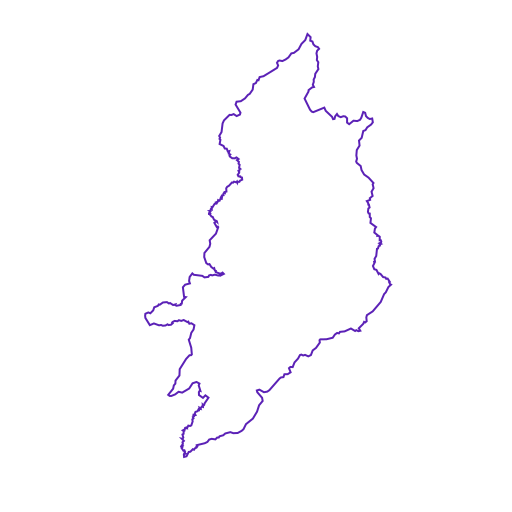 outline of Ban Dan Lan Hoi, Sukhothai, Thailand, rotated 46°
{"feature_id": "78962969B72722062907305", "entity_name": "Ban Dan Lan Hoi", "entity_type": "district", "adm_level": 2, "iso_a3": "THA", "parent_name": "Thailand", "parent_adm1": "Sukhothai", "projection": "mercator", "projection_center": [99.505, 17.028], "detail": "fine", "context": "isolated", "style": "outline", "palette": "violet", "viewbox_px": 512, "rotation_deg": 46, "n_neighbors": 0, "source": "geoboundaries", "source_scale": "gbopen_adm2", "svg_char_len": 6111}
<svg xmlns="http://www.w3.org/2000/svg" viewBox="0 0 512 512"><g transform="rotate(46 256 256)"><path d="M237.8,76.9L236.5,79.0L234.2,79.7L231.8,79.7L228.8,78.0L226.9,78.8L229.7,84.2L230.3,86.6L229.3,89.4L226.4,91.9L225.9,97.4L223.3,97.8L220.2,94.8L217.6,94.9L216.1,96.1L215.0,98.6L212.5,99.6L210.1,99.1L210.5,102.0L211.9,104.3L211.1,105.5L208.7,104.6L200.0,105.0L196.7,103.8L192.3,114.9L190.9,115.6L188.3,115.5L176.5,111.7L174.2,104.1L173.2,102.9L173.7,98.5L174.7,96.9L172.3,96.2L170.9,93.5L169.1,91.9L168.2,89.3L166.1,86.8L164.9,81.3L162.5,79.8L159.9,76.6L157.3,76.1L155.3,73.7L152.2,71.7L150.8,69.4L150.8,66.7L148.7,66.4L146.3,67.6L143.7,67.7L140.9,66.4L138.8,67.4L136.5,64.7L132.1,64.8L134.9,70.6L135.0,75.9L136.9,81.8L136.2,87.7L134.8,89.8L135.7,94.7L135.2,98.2L134.1,101.6L131.7,103.3L131.1,104.6L131.6,106.7L134.3,107.7L135.3,110.2L131.9,125.7L129.8,129.1L131.3,132.1L130.3,132.7L131.5,136.0L130.6,138.5L134.0,142.8L135.0,147.9L134.5,149.9L135.0,154.4L134.1,159.4L131.5,162.8L132.9,165.5L142.1,167.6L143.1,169.3L141.9,172.7L138.4,173.5L137.5,175.7L136.1,177.0L136.2,184.8L137.4,187.9L142.9,194.7L144.1,199.1L145.9,199.6L146.4,200.9L147.7,200.9L150.2,204.4L154.3,202.9L157.0,203.8L158.5,202.5L161.3,203.7L162.0,202.3L163.4,204.5L165.1,204.0L165.3,205.3L166.2,205.7L169.2,205.2L170.9,203.5L171.5,201.6L174.1,201.2L173.8,203.1L176.4,202.9L177.4,204.4L179.0,204.4L180.8,206.9L182.4,206.8L182.1,207.6L183.1,208.7L182.6,209.4L184.4,210.2L184.9,212.8L186.5,213.3L187.8,212.0L188.5,212.4L189.8,211.6L191.5,212.9L190.7,215.1L191.1,216.4L189.9,217.6L190.3,218.4L189.2,217.9L189.3,219.0L187.2,220.2L187.3,221.6L186.4,222.2L186.7,226.6L186.2,228.6L186.6,230.4L189.1,232.5L188.2,234.1L188.9,234.6L188.3,234.8L188.5,236.1L189.7,237.1L188.8,238.3L189.3,240.0L190.0,239.5L191.1,241.0L190.1,241.7L190.9,243.8L189.5,244.4L190.4,245.6L189.7,247.3L190.7,247.3L190.9,248.0L189.7,249.4L190.7,253.5L190.0,253.9L191.9,255.6L191.0,256.1L191.8,257.3L191.2,258.2L192.4,258.0L192.5,259.5L193.4,259.5L192.5,261.1L193.7,260.3L196.8,260.6L197.8,260.0L200.8,261.0L203.8,260.0L204.5,260.4L203.3,260.5L203.2,262.9L207.9,264.1L208.3,263.0L209.0,263.1L212.1,269.3L212.5,278.4L215.4,280.4L217.1,283.1L218.0,291.0L220.8,294.0L226.6,296.7L228.8,296.3L229.5,295.1L232.8,295.8L235.5,295.4L235.7,294.5L237.9,295.7L238.8,295.2L239.7,296.1L243.4,294.3L244.4,293.3L244.7,291.6L246.5,291.6L245.3,295.4L244.6,295.2L243.9,296.7L240.9,298.5L239.5,301.0L238.2,301.6L237.4,303.2L237.9,304.8L235.6,307.9L233.0,308.4L226.3,313.8L224.3,313.9L225.0,318.3L227.5,321.5L229.8,322.6L227.4,326.9L227.7,330.3L235.4,336.1L236.8,335.1L236.8,340.1L238.7,342.5L238.2,343.4L238.9,344.2L236.6,347.7L235.1,348.3L234.8,347.6L233.7,349.7L230.1,350.5L229.7,351.6L227.3,352.1L224.8,355.2L224.2,359.1L223.3,359.6L223.7,361.3L222.2,364.8L223.7,367.7L223.8,371.8L221.8,372.7L220.7,375.7L221.9,377.2L223.7,378.6L232.0,380.4L233.6,376.3L238.5,373.9L239.7,372.2L241.4,371.5L243.1,369.4L243.7,367.1L244.9,366.9L246.4,364.9L246.5,362.7L245.7,362.7L245.5,361.9L246.2,359.6L248.4,357.8L248.6,356.1L250.8,354.8L251.8,352.5L256.0,351.2L256.2,350.3L258.4,351.0L259.5,349.2L263.0,348.4L265.5,352.0L266.3,355.9L269.2,360.5L269.5,362.5L277.0,366.3L282.2,370.5L282.3,371.5L281.2,372.8L281.5,377.8L284.4,389.5L288.8,394.1L289.7,400.4L291.8,402.7L292.0,405.0L293.9,407.8L294.9,415.6L296.7,415.3L297.8,414.2L299.4,410.3L299.9,406.0L303.0,404.0L304.9,396.1L303.5,390.0L305.3,386.3L308.5,385.3L309.3,387.1L314.4,389.7L313.8,390.0L314.2,391.6L316.4,393.6L321.2,392.7L321.1,389.2L324.9,388.6L326.3,395.4L327.1,396.7L327.1,397.6L326.0,397.6L327.7,399.0L326.7,399.5L327.1,401.5L326.3,401.8L327.5,402.2L326.3,403.1L327.2,404.0L326.5,404.3L327.1,405.8L326.1,407.8L326.9,409.7L327.9,409.9L327.4,410.5L328.1,410.5L327.3,411.8L328.2,412.1L328.0,413.3L329.4,413.8L329.3,415.3L331.0,416.5L332.9,420.2L332.5,421.5L331.0,422.5L331.6,424.3L331.1,424.9L332.0,425.4L330.5,426.5L331.7,428.5L330.9,428.7L330.6,429.8L331.6,429.6L333.6,431.6L333.3,432.9L336.1,434.4L336.5,435.8L335.8,436.3L338.9,436.3L338.9,438.3L340.4,439.1L340.8,441.3L341.4,440.9L341.4,442.0L342.3,441.7L342.4,442.9L345.7,443.5L346.1,442.5L347.7,443.1L348.1,444.5L349.1,444.1L348.8,445.9L350.6,447.3L351.8,445.1L350.2,440.5L351.2,439.2L351.1,435.6L352.3,435.2L351.9,433.4L352.5,432.0L352.3,430.8L351.6,430.9L351.7,430.1L351.0,429.9L355.1,422.9L356.0,420.1L355.5,417.2L356.7,414.9L359.7,412.6L359.6,410.1L360.7,408.9L360.4,407.4L362.2,404.1L362.3,401.4L364.9,396.8L367.7,395.4L370.6,392.1L371.8,387.8L371.9,385.3L370.0,380.0L370.8,371.2L368.7,363.4L365.5,357.4L364.9,351.9L362.2,350.1L354.9,349.7L353.3,348.8L354.5,346.4L359.5,344.9L361.4,342.1L361.8,339.6L360.5,324.1L360.7,322.4L362.2,320.4L360.8,317.7L363.0,315.3L363.7,311.9L359.6,310.2L359.7,308.3L361.4,306.8L359.3,302.2L359.0,297.0L357.8,293.2L358.4,291.9L360.3,291.2L361.2,289.4L364.5,288.1L365.4,285.3L363.3,280.8L363.8,276.7L362.6,270.2L360.7,268.8L360.6,267.7L364.8,263.2L368.1,257.6L367.3,253.8L367.7,251.1L369.3,250.1L368.9,248.3L371.8,244.6L374.1,238.1L378.8,236.8L379.0,235.4L381.2,234.6L382.2,232.9L379.4,232.3L379.3,226.0L378.5,224.0L379.6,223.7L379.8,221.7L376.8,219.3L375.6,217.3L376.9,210.5L375.7,198.2L372.4,190.3L372.3,187.9L370.3,182.3L370.4,178.8L369.4,179.1L367.3,178.4L367.5,177.7L363.7,177.0L362.9,178.2L361.4,177.8L359.5,179.2L355.4,178.9L354.0,179.4L354.1,180.3L349.6,179.0L347.7,180.1L344.4,178.8L343.4,175.8L342.3,175.1L342.8,174.4L340.4,172.7L339.5,169.5L334.9,164.0L335.3,163.0L334.1,160.9L334.6,159.6L333.6,159.0L334.1,157.8L332.6,158.3L333.1,156.6L332.6,155.8L331.2,155.3L330.6,156.1L328.1,153.6L326.4,153.9L325.8,154.8L325.1,154.1L321.3,154.6L318.9,151.4L318.6,149.5L311.7,150.7L308.7,147.1L307.0,147.1L304.5,144.7L303.6,145.4L302.0,144.8L299.9,142.2L300.0,140.6L297.5,139.1L297.1,139.5L295.7,138.5L293.5,138.1L294.9,134.9L293.5,134.0L293.8,130.4L290.0,128.2L288.9,124.3L285.5,122.3L285.1,120.8L277.8,120.6L272.5,121.6L267.5,120.4L264.0,118.2L259.0,118.8L257.6,118.3L256.2,115.8L253.4,114.0L249.8,109.9L248.5,104.8L244.5,101.7L244.4,97.9L240.6,92.0L241.5,89.8L240.7,86.6L241.4,81.9L241.0,79.1L237.8,76.9Z" fill="none" stroke="#5b21b6" stroke-width="2"/></g></svg>